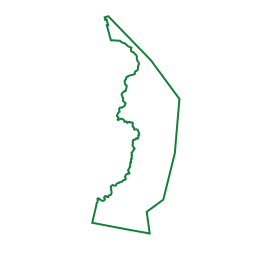 outline of Nueva Palmira, Soriano, Uruguay, rotated 287°
{"feature_id": "84410073B44651459787154", "entity_name": "Nueva Palmira", "entity_type": "district", "adm_level": 2, "iso_a3": "URY", "parent_name": "Uruguay", "parent_adm1": "Soriano", "projection": "robinson", "projection_center": [-58.359, -33.846], "detail": "fine", "context": "isolated", "style": "outline", "palette": "green", "viewbox_px": 256, "rotation_deg": 287, "n_neighbors": 0, "source": "geoboundaries", "source_scale": "gbopen_adm2", "svg_char_len": 5025}
<svg xmlns="http://www.w3.org/2000/svg" viewBox="0 0 256 256"><g transform="rotate(287 128 128)"><path d="M33.5,179.6L53.3,170.4L69.8,182.7L117.3,180.2L170.8,168.7L199.4,130.2L229.1,76.5L227.7,74.4L227.0,73.3L225.9,73.9L224.8,74.6L225.6,75.7L224.5,76.4L223.4,77.1L222.3,77.8L221.2,78.5L220.5,79.0L220.1,77.7L219.0,78.4L218.0,79.0L215.0,80.9L212.8,82.3L206.9,86.0L209.1,94.8L208.3,96.7L207.9,98.5L208.1,100.1L207.2,102.1L206.1,104.4L206.0,106.0L205.8,107.8L203.8,107.8L202.2,108.8L201.9,111.3L200.8,113.2L200.4,114.1L199.8,114.8L198.8,115.7L197.4,115.9L196.3,116.4L195.4,117.1L194.3,118.1L193.7,119.1L192.5,119.7L191.8,119.8L190.8,119.6L189.8,119.5L189.3,119.7L187.5,120.2L186.3,120.2L185.6,119.8L184.7,118.9L184.0,118.3L183.0,118.3L181.6,118.7L179.8,116.2L178.8,114.5L177.9,113.1L177.1,112.9L176.2,111.8L175.6,111.5L173.9,111.9L173.2,111.3L172.0,111.0L169.9,112.0L169.1,112.4L168.6,112.9L168.4,114.0L167.7,114.3L167.6,114.6L167.2,114.7L166.7,114.6L165.0,114.7L164.4,115.0L164.1,115.0L163.5,114.7L162.8,114.9L162.3,114.5L162.2,113.8L161.2,113.4L160.2,112.5L159.1,112.1L158.7,112.0L157.8,112.2L157.1,112.9L156.5,113.4L155.9,113.6L155.4,114.3L154.8,114.7L153.6,114.9L152.7,115.2L151.8,116.3L151.5,117.0L151.3,118.1L151.0,118.5L149.8,118.4L148.3,118.2L147.3,117.7L147.0,117.2L145.9,116.3L145.4,115.6L145.5,115.0L145.3,114.6L145.0,114.3L143.5,113.9L142.6,114.4L141.6,115.0L141.1,115.2L140.6,114.8L140.2,114.4L139.4,114.1L138.7,114.2L137.2,113.8L136.4,113.9L135.7,114.6L135.4,115.7L134.0,116.1L133.5,115.7L133.1,115.6L132.8,115.8L132.7,116.2L133.2,116.7L133.8,117.5L134.5,118.2L135.0,118.9L135.0,120.3L134.4,121.5L134.2,122.1L133.0,122.8L133.4,123.8L133.6,124.0L133.7,124.5L133.5,124.9L133.0,125.1L132.7,125.8L132.8,126.2L133.6,126.5L134.0,127.0L134.4,127.9L134.1,128.9L134.2,129.8L134.5,130.3L134.4,130.9L134.0,131.1L133.7,131.3L132.7,131.5L131.8,131.8L131.3,131.7L131.0,131.8L130.6,132.3L130.2,133.5L129.7,133.7L129.0,133.8L128.5,134.2L128.5,134.8L128.6,135.2L128.9,135.6L129.1,136.0L129.2,136.5L129.2,137.0L129.0,137.7L128.7,138.2L128.3,138.5L127.5,139.1L127.2,139.3L127.0,139.6L126.2,140.1L125.3,140.4L125.2,140.6L124.8,140.6L124.4,140.2L124.1,140.1L123.8,140.0L123.6,140.0L123.4,140.3L123.2,140.5L122.6,140.5L121.9,140.6L121.5,140.7L121.1,140.6L120.7,140.5L120.6,140.4L120.5,140.2L120.7,139.9L120.8,139.8L120.8,139.5L120.6,138.9L120.3,138.8L119.9,138.8L119.3,138.5L118.9,137.9L118.7,137.7L118.7,137.4L118.4,137.1L118.4,136.9L118.3,136.6L117.9,136.4L117.6,136.3L117.4,136.3L116.5,136.6L116.0,136.7L115.6,136.9L115.0,137.2L114.7,137.2L114.3,137.2L113.9,137.2L113.6,137.3L113.3,137.2L113.0,137.2L112.8,137.3L112.5,137.5L112.0,138.2L111.2,138.9L110.5,140.1L110.4,140.3L109.9,140.3L109.7,140.1L109.6,139.7L108.9,139.8L108.1,139.8L107.5,139.4L107.0,139.4L106.5,139.3L105.9,139.1L105.8,138.8L105.6,138.7L105.4,138.7L105.3,138.8L105.1,138.9L104.9,138.9L104.6,138.9L103.6,139.4L103.2,139.5L103.0,139.8L102.7,139.9L102.2,139.8L102.0,139.7L101.9,139.8L101.4,140.0L100.8,140.2L99.7,140.6L99.5,140.4L99.5,140.1L99.4,140.0L99.0,140.0L97.9,140.4L97.5,140.3L97.1,140.5L96.8,140.8L96.6,140.9L96.4,141.0L96.2,141.0L96.0,140.9L95.9,140.7L95.8,140.4L95.7,140.3L95.3,140.5L94.5,140.8L93.5,140.8L93.2,140.8L92.8,141.0L92.5,140.8L92.3,140.8L92.0,141.0L91.7,141.3L91.1,141.3L90.6,141.0L89.6,140.8L89.0,140.8L88.6,140.7L88.2,140.4L87.9,140.4L87.7,140.4L87.3,140.8L87.0,141.1L86.6,141.2L86.4,141.3L86.2,141.5L85.9,141.8L85.7,142.3L85.5,142.5L85.3,142.6L85.1,142.5L85.0,142.4L84.9,142.3L84.9,142.1L85.0,141.8L84.9,141.6L84.8,141.4L84.6,141.4L84.3,141.4L84.0,141.4L83.8,140.8L83.5,140.5L83.0,139.9L82.7,139.7L82.4,139.5L82.1,139.5L81.6,139.6L81.1,139.5L80.6,139.4L80.4,139.3L80.2,139.4L80.1,139.6L80.1,139.9L79.9,140.0L79.4,140.4L79.1,140.6L78.6,140.7L78.2,140.7L77.8,140.5L77.8,140.4L77.6,140.1L77.5,139.7L77.3,139.3L76.5,138.7L75.1,138.0L74.7,137.6L74.3,137.0L74.0,136.5L73.9,136.1L73.6,135.8L73.2,135.5L72.7,135.2L72.5,134.8L72.3,134.3L71.7,133.7L70.5,133.3L70.0,133.3L69.6,133.2L69.3,133.0L69.1,132.8L69.1,132.5L69.0,132.0L68.9,131.5L68.9,131.0L68.9,130.3L68.9,130.0L68.8,129.8L68.6,129.7L68.4,129.5L68.0,129.3L67.4,128.8L67.2,128.7L66.9,128.7L66.6,128.7L66.3,128.8L66.0,129.0L65.6,129.3L65.3,129.6L64.9,129.8L64.3,129.8L63.9,129.9L63.3,130.3L62.8,130.6L62.1,131.0L61.5,131.2L61.0,131.2L60.3,131.3L59.6,131.2L59.2,131.1L58.8,130.8L58.5,130.4L58.2,129.8L57.9,129.4L57.6,129.3L57.1,129.2L56.8,129.3L56.5,129.4L56.1,129.4L56.0,129.1L55.9,128.8L55.9,128.2L56.0,127.8L56.1,127.5L56.3,127.3L56.5,126.9L56.4,126.5L56.2,126.1L55.9,126.0L55.7,125.9L54.8,125.5L54.5,125.5L54.2,125.6L53.9,125.9L53.7,126.1L53.4,126.6L53.2,126.7L52.7,126.7L52.2,126.5L51.6,126.2L51.4,126.0L51.1,125.5L50.9,124.8L50.9,124.2L51.0,123.5L51.3,122.5L51.7,121.8L51.9,121.3L52.1,120.9L52.1,120.5L52.0,120.1L51.8,119.8L51.6,119.5L51.4,119.5L51.1,119.6L50.8,119.8L50.5,120.1L50.2,120.3L49.8,120.3L49.3,120.3L48.1,120.3L47.4,120.2L46.6,120.0L46.2,120.0L45.7,120.1L45.0,120.3L26.9,121.5L28.0,131.7L30.7,156.3L31.0,159.1L33.5,179.6Z" fill="none" stroke="#15803d" stroke-width="2"/></g></svg>